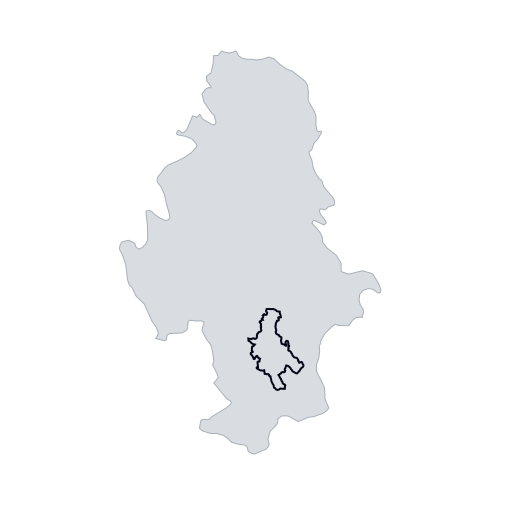 location of Nišavski within Republic of Serbia, rotated 32°
{"feature_id": "SRB-830", "entity_name": "Nišavski", "entity_type": "District", "adm_level": 1, "iso_a3": "SRB", "parent_name": "Republic of Serbia", "parent_adm1": "", "projection": "equal_earth", "projection_center": [21.87, 43.429], "detail": "fine", "context": "in_parent", "style": "outline", "palette": "ink", "viewbox_px": 512, "rotation_deg": 32, "n_neighbors": 0, "source": "natural_earth", "source_scale": "10m", "svg_char_len": 9097}
<svg xmlns="http://www.w3.org/2000/svg" viewBox="0 0 512 512"><g transform="rotate(32 256 256)"><path d="M286.0,198.5L297.2,201.8L302.3,204.9L305.0,208.9L312.2,211.6L323.8,212.9L332.0,217.1L336.5,224.1L344.0,222.4L354.3,212.0L364.4,209.3L374.4,214.3L379.9,218.4L380.8,221.5L378.5,222.8L372.9,222.2L368.4,224.2L364.8,228.7L364.3,233.6L366.8,238.8L370.4,242.3L374.9,244.3L377.4,247.0L377.7,250.4L378.9,251.4L376.3,253.0L373.5,255.3L371.9,259.4L371.5,266.0L362.7,271.2L359.3,272.1L357.8,275.6L355.5,285.3L355.8,292.6L357.0,296.3L357.6,299.3L360.5,303.0L363.1,308.8L364.9,316.3L368.8,322.1L378.7,327.9L383.6,331.2L387.3,336.1L390.1,340.5L398.3,346.3L397.7,350.5L395.9,354.6L394.1,356.5L390.0,361.8L386.1,364.7L379.6,374.0L369.2,374.5L366.7,375.3L362.8,377.8L360.9,382.4L362.8,386.2L362.6,389.9L360.8,397.3L363.3,405.1L367.0,408.7L367.5,410.8L366.9,414.5L361.5,422.0L359.8,424.8L354.4,426.1L352.5,425.4L349.7,422.8L347.1,422.1L340.5,425.1L333.9,427.0L328.7,425.6L323.5,425.4L319.9,426.6L317.2,427.1L311.9,430.4L303.5,432.7L299.5,432.2L298.1,429.2L296.5,424.8L297.3,422.8L302.9,419.4L303.5,416.1L311.4,400.4L312.9,395.2L312.9,393.6L310.9,392.5L306.6,392.5L287.6,386.1L288.5,378.8L282.9,374.9L276.9,371.4L275.9,367.4L269.3,359.5L264.4,355.1L258.2,352.9L252.8,349.6L249.6,347.7L248.2,344.0L248.2,341.8L246.6,339.7L244.0,339.9L239.6,342.9L234.2,345.4L233.2,347.2L235.1,351.6L236.5,354.4L235.9,357.0L234.1,360.3L223.7,367.7L222.5,370.3L224.5,374.5L223.2,376.4L214.5,379.1L214.7,376.9L214.2,373.2L209.2,369.3L202.2,366.3L186.7,356.0L180.7,354.7L175.4,353.5L167.8,348.5L163.8,347.7L159.5,344.1L150.1,332.3L142.1,325.8L136.6,322.6L135.1,319.4L134.8,316.1L135.0,315.0L139.2,310.4L142.5,309.7L146.6,309.6L149.3,311.9L152.9,312.4L154.9,309.4L156.0,305.1L155.6,299.6L147.2,286.8L139.9,277.9L139.1,276.0L140.7,274.3L143.3,273.4L146.0,274.1L153.2,274.8L160.2,274.0L162.6,271.8L162.6,268.9L160.1,266.2L152.1,258.9L145.9,252.5L138.5,247.5L133.0,245.6L131.4,243.1L130.8,240.4L131.5,235.5L131.9,229.3L133.3,225.4L138.4,218.0L143.2,210.2L146.3,202.7L147.9,195.7L147.4,193.7L144.9,192.2L139.7,190.7L132.4,192.0L126.2,194.5L123.8,194.7L123.1,191.6L124.1,190.3L126.0,190.4L127.6,191.0L129.3,189.6L130.4,185.4L128.0,170.8L132.6,169.5L132.8,167.4L133.2,165.5L137.9,168.1L144.6,168.1L150.4,167.6L151.4,166.2L151.3,164.1L150.1,162.5L148.1,161.2L146.6,159.1L142.7,158.3L130.4,153.0L124.4,147.4L124.7,141.6L126.5,138.3L128.7,137.2L128.0,136.1L121.1,133.4L118.7,129.6L120.8,124.7L117.4,114.8L113.7,108.7L117.5,106.1L118.0,102.4L118.4,100.3L119.9,100.3L126.0,97.8L128.2,95.7L129.5,93.4L130.9,92.8L134.9,95.4L139.2,95.6L144.0,94.0L147.6,91.7L151.9,89.8L153.8,88.5L156.3,86.5L161.4,80.5L167.1,79.3L174.6,80.8L182.8,81.3L188.9,80.0L204.5,81.7L207.8,83.1L209.9,84.6L213.9,89.7L217.8,96.4L223.2,99.5L229.6,103.1L232.9,105.8L237.8,113.7L241.6,117.6L242.9,117.5L244.2,116.4L245.1,115.6L246.1,116.4L246.2,118.8L246.4,124.1L245.4,129.9L246.8,135.3L246.8,137.0L245.8,138.5L245.9,139.9L247.3,141.4L252.5,145.0L257.4,150.5L263.0,154.4L268.2,156.9L271.5,157.0L276.9,161.5L287.6,164.8L291.0,165.9L293.3,167.7L295.0,169.9L295.1,172.1L293.5,173.2L291.2,176.3L290.2,180.1L288.5,181.1L286.8,181.1L285.5,182.3L285.8,183.9L287.2,185.4L289.4,186.8L293.7,188.2L297.9,190.3L297.9,191.9L297.0,193.7L291.6,194.4L287.7,194.7L285.8,195.4L286.0,198.5Z" fill="#d9dde1" stroke="#a8b0b8" stroke-width="1"/><path d="M294.9,331.9L294.7,331.9L294.3,331.6L293.2,330.0L294.1,329.7L295.0,329.4L295.7,329.0L296.2,328.8L296.4,328.6L296.6,328.1L296.8,327.7L297.5,327.2L297.8,327.0L298.1,326.9L298.7,327.0L299.0,326.9L299.2,326.7L299.9,325.7L300.0,325.3L300.0,324.9L300.0,324.7L299.8,324.4L299.4,323.9L299.1,323.4L299.0,323.1L298.7,322.3L298.4,321.8L298.3,321.6L298.3,321.4L298.7,320.6L298.7,320.4L298.5,319.5L298.6,319.3L298.8,319.0L299.2,318.6L299.5,318.1L299.9,317.5L300.0,317.1L300.0,316.5L300.0,316.3L299.8,316.1L299.1,315.5L298.7,315.0L298.2,314.5L298.1,314.3L298.0,314.1L298.1,313.7L298.0,313.4L297.8,313.2L297.1,312.8L296.9,312.5L296.9,312.4L296.7,311.6L296.4,311.0L295.9,310.9L295.1,310.5L294.1,310.2L293.9,309.5L293.9,309.4L294.0,309.2L294.8,308.6L294.7,307.7L294.8,307.2L295.0,306.9L295.3,306.7L295.6,306.5L295.3,306.3L294.7,306.0L294.2,305.9L294.5,304.9L294.5,304.1L294.2,303.4L293.8,302.8L293.3,302.8L293.5,301.3L293.6,301.1L293.8,300.9L294.1,300.9L294.6,301.1L294.8,301.1L295.4,300.8L295.9,300.4L296.0,300.2L295.9,299.2L295.7,298.5L295.5,298.2L295.2,298.0L294.3,297.8L293.9,297.6L293.6,297.2L293.4,296.2L293.3,295.9L293.1,295.4L294.4,294.4L295.2,294.0L296.0,293.5L296.6,293.3L296.9,293.2L297.5,292.6L298.2,292.2L298.7,291.8L298.8,291.8L299.9,291.6L300.6,291.4L301.1,291.3L301.7,291.4L302.5,291.7L303.1,291.7L303.4,291.6L304.6,291.1L305.6,290.6L306.8,292.3L307.9,292.9L308.2,293.2L308.8,293.9L309.6,294.8L308.9,295.4L308.1,295.6L307.8,295.8L307.6,296.0L307.5,296.4L307.6,296.7L308.3,297.0L308.5,297.2L309.2,298.1L309.3,298.4L309.3,298.6L309.2,298.8L309.0,299.1L308.3,299.5L308.2,299.7L308.1,299.8L308.3,300.6L308.4,301.1L308.5,302.6L308.6,303.0L309.2,303.7L309.3,303.8L309.4,304.2L309.5,304.8L309.6,305.2L310.3,305.9L310.8,306.7L311.0,306.9L312.0,307.6L312.2,307.9L312.6,308.4L312.8,308.7L312.8,308.9L312.8,309.7L312.9,310.0L313.1,310.2L313.7,310.6L314.2,311.1L314.5,311.2L315.0,311.2L315.7,311.1L317.1,311.0L317.4,311.0L317.9,311.4L318.4,311.7L318.7,311.7L319.5,311.4L319.9,311.4L320.3,311.5L320.6,311.6L321.0,311.9L321.2,312.4L321.6,313.4L321.8,314.0L322.1,314.6L322.3,314.9L323.4,315.8L324.1,316.8L325.6,316.6L326.6,316.1L326.9,316.0L327.2,316.0L327.7,316.3L328.3,316.4L328.7,316.4L329.0,316.2L329.3,315.9L329.2,315.6L328.5,315.3L328.2,315.1L327.7,314.5L326.9,313.8L326.8,313.7L326.7,313.4L326.7,313.0L326.6,312.7L326.9,311.7L327.0,311.6L327.3,311.5L327.9,311.4L328.1,311.4L328.3,311.5L328.6,311.7L329.7,312.8L329.6,313.0L330.1,313.6L330.4,313.9L331.1,314.3L331.8,314.8L332.0,315.2L332.0,315.6L331.7,316.1L331.9,316.5L333.0,317.6L332.9,318.1L333.0,318.4L333.1,318.6L333.5,318.9L333.8,319.0L334.1,319.0L334.8,318.7L335.2,318.7L336.3,318.9L336.7,319.1L337.4,319.6L338.2,319.8L338.4,319.9L338.7,320.1L339.3,320.7L340.0,321.1L340.8,321.4L341.7,321.6L342.4,321.6L343.2,321.4L344.1,320.9L344.5,320.8L344.9,320.9L346.3,321.4L346.7,321.6L347.0,321.9L347.0,322.0L347.1,322.5L347.4,322.5L347.9,322.6L348.1,322.8L348.9,323.5L349.0,323.6L349.3,323.6L349.4,323.4L350.4,322.0L350.6,321.8L350.8,321.7L351.1,321.7L351.3,321.8L351.9,322.1L352.6,322.7L353.6,323.1L354.0,323.4L354.2,323.6L354.4,324.1L354.6,324.6L354.6,324.9L354.6,325.2L354.4,325.9L354.0,326.5L353.9,326.8L353.8,327.0L353.9,327.8L353.6,328.5L353.8,329.8L353.8,330.4L353.4,331.1L353.4,331.5L353.5,331.9L353.5,332.1L353.4,332.3L353.2,333.0L353.1,333.6L353.0,333.8L352.7,334.0L351.9,334.2L351.6,334.3L349.9,334.3L348.8,334.4L348.2,334.4L347.6,334.2L346.8,333.7L345.9,333.5L345.5,333.4L344.5,332.7L344.0,332.5L343.3,332.5L342.0,332.2L341.7,332.2L339.7,332.8L339.9,333.7L340.1,334.8L340.4,335.7L340.4,335.9L340.3,336.6L340.4,336.9L340.7,337.3L341.4,337.7L341.6,337.8L341.6,338.1L341.7,338.5L341.8,339.1L341.6,339.5L341.4,339.8L341.2,339.9L340.7,339.9L340.3,340.0L340.1,340.3L339.9,340.7L339.3,341.3L339.2,341.5L339.4,342.3L339.4,342.5L338.9,343.2L338.1,345.0L339.6,345.6L340.4,346.2L341.0,346.6L341.4,346.8L342.0,346.9L342.3,347.0L343.1,347.7L343.9,348.4L344.2,348.6L344.9,348.6L345.1,348.7L345.2,348.8L345.8,349.5L346.2,349.8L346.8,350.0L347.3,350.0L348.4,349.7L348.6,349.7L348.9,349.9L349.5,350.3L349.5,350.5L349.4,351.0L349.5,351.2L349.9,351.6L350.8,353.4L349.0,354.4L348.4,354.8L347.4,355.2L347.0,355.4L346.9,355.6L346.7,355.8L346.5,356.6L345.5,358.0L345.4,358.1L345.0,358.3L343.9,358.5L343.5,358.4L342.4,358.0L342.2,358.0L341.0,358.1L339.8,356.7L339.1,356.0L338.7,355.9L337.8,355.6L337.2,355.1L336.4,354.7L335.6,354.1L334.8,353.3L333.7,352.0L333.4,351.8L332.9,351.5L332.6,351.2L332.4,351.0L332.2,350.5L332.1,350.4L331.9,350.3L331.3,350.7L330.9,350.7L330.6,350.5L330.3,350.3L329.9,349.8L329.7,349.7L329.3,349.6L329.0,349.7L327.8,350.5L327.4,350.7L326.6,350.8L325.8,351.3L323.5,348.6L322.7,349.5L321.1,350.3L320.2,350.7L319.7,350.8L317.8,350.8L316.5,350.9L316.2,350.8L315.8,350.5L315.7,350.3L315.7,350.2L315.8,349.8L316.3,349.5L316.5,349.3L316.6,349.2L316.0,348.4L315.3,347.4L314.5,346.6L314.1,345.9L313.7,345.5L313.5,345.2L313.5,344.8L313.7,344.5L314.6,343.8L314.8,343.6L314.8,343.4L314.4,342.8L314.3,342.6L313.9,341.0L313.7,341.1L313.3,341.2L312.1,341.0L311.5,341.1L311.3,341.1L310.9,340.9L310.5,340.3L310.3,340.2L310.1,340.2L309.8,340.2L309.7,340.3L309.4,340.6L309.3,340.9L309.3,341.2L309.2,341.9L309.1,342.4L309.1,342.8L309.4,343.8L309.3,344.1L309.2,344.3L308.9,344.5L308.6,344.5L308.3,344.3L307.6,343.7L306.9,343.3L306.1,342.7L305.7,342.5L304.3,342.3L303.9,342.1L303.4,341.8L303.2,341.3L303.1,341.1L303.0,340.9L303.1,340.5L303.3,340.1L303.5,339.9L303.9,339.6L304.1,339.4L304.1,339.1L303.9,338.8L303.7,338.7L302.8,338.5L302.5,338.3L302.4,338.2L302.2,337.9L301.9,337.2L301.5,336.7L301.2,335.9L300.9,335.4L300.8,335.1L300.8,334.8L301.4,334.0L301.8,333.1L301.9,331.7L300.2,332.3L299.5,332.3L298.2,332.3L297.2,331.9L296.3,331.7L295.6,331.7L294.9,331.9Z" fill="none" stroke="#020617" stroke-width="2"/></g></svg>